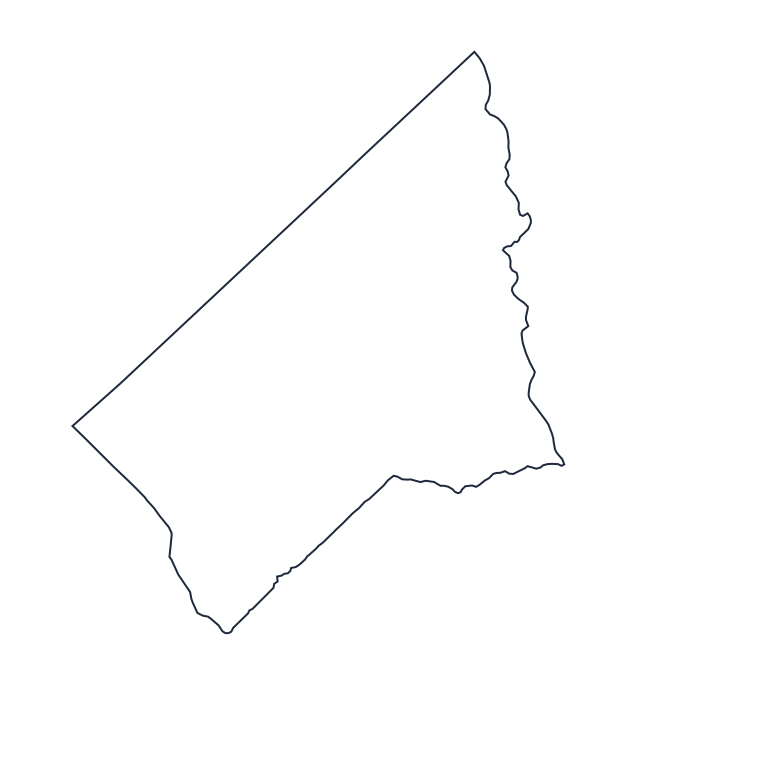 Rio Crespo, Rondônia, Brazil, rotated 317°
{"feature_id": "56859067B97929575878105", "entity_name": "Rio Crespo", "entity_type": "district", "adm_level": 2, "iso_a3": "BRA", "parent_name": "Brazil", "parent_adm1": "Rondônia", "projection": "equal_earth", "projection_center": [-62.748, -9.686], "detail": "fine", "context": "isolated", "style": "outline", "palette": "slate", "viewbox_px": 768, "rotation_deg": 317, "n_neighbors": 0, "source": "geoboundaries", "source_scale": "gbopen_adm2", "svg_char_len": 2437}
<svg xmlns="http://www.w3.org/2000/svg" viewBox="0 0 768 768"><g transform="rotate(317 384 384)"><path d="M564.7,366.4L568.0,367.4L571.0,369.7L576.4,369.0L578.3,370.9L581.1,370.7L583.5,369.3L595.2,369.1L601.1,366.4L603.3,364.2L605.0,360.6L605.4,357.1L600.2,355.9L599.0,353.0L601.4,348.1L606.1,343.5L608.4,336.7L608.7,331.8L609.4,322.1L610.8,318.9L617.3,316.5L619.3,313.2L620.6,308.2L624.3,306.1L629.1,305.1L632.4,301.9L636.3,295.8L640.5,291.6L645.7,284.4L647.3,281.0L648.6,276.0L648.6,267.6L647.4,263.4L645.4,259.2L645.7,252.2L648.9,249.2L653.5,247.8L658.7,244.6L664.8,238.3L666.8,235.2L674.1,219.6L676.1,211.1L676.6,202.7L619.6,202.8L527.3,202.9L489.3,203.2L398.0,203.4L191.4,203.8L127.5,202.3L128.4,220.9L129.8,260.1L131.1,281.6L131.5,291.1L131.8,303.8L131.3,307.4L131.2,317.7L129.9,327.9L129.0,342.0L127.0,348.2L124.9,350.4L109.1,364.2L108.8,367.5L106.9,373.1L103.6,383.0L100.3,404.0L96.6,409.7L95.0,413.5L91.4,424.2L93.6,430.0L96.7,434.2L97.3,437.7L98.4,447.7L97.2,454.6L98.0,457.9L100.3,460.1L103.4,461.0L107.3,459.5L128.2,459.0L131.2,457.8L134.4,458.8L164.2,457.7L167.5,455.2L171.5,455.9L174.5,451.9L178.2,454.2L181.6,454.8L184.5,456.8L187.8,456.9L190.6,455.2L194.6,457.7L199.7,458.5L206.7,458.5L210.2,457.7L212.8,457.9L221.9,458.1L225.7,457.7L230.6,458.3L240.3,458.1L246.1,458.0L249.8,457.8L258.3,457.8L272.9,457.2L281.2,457.7L289.5,457.0L294.6,458.0L314.6,458.0L321.2,457.1L328.4,457.7L330.6,460.8L332.3,466.1L336.0,470.0L338.4,471.9L343.7,480.5L348.5,483.2L353.8,489.8L354.9,493.7L356.0,497.1L358.7,499.6L361.0,503.1L362.4,507.8L362.3,511.1L363.6,514.3L366.2,515.4L369.1,514.4L373.6,514.2L379.1,518.2L381.2,522.0L384.9,522.9L391.6,523.3L396.7,524.5L402.5,524.2L405.5,525.7L408.4,528.2L413.1,530.3L414.4,534.9L417.1,537.9L429.8,541.7L433.0,542.0L437.6,549.8L441.8,551.9L444.7,551.9L448.8,554.0L452.3,556.9L456.5,561.1L458.1,565.0L461.0,565.7L463.1,560.6L463.2,555.6L463.6,551.2L464.6,548.2L468.6,542.0L470.8,539.1L473.0,534.8L476.6,525.8L477.4,521.3L479.8,499.2L480.2,495.1L481.7,491.4L483.9,489.0L490.6,483.6L494.3,481.7L499.1,480.1L502.5,478.1L505.2,468.2L508.9,458.1L513.5,448.6L516.6,444.1L519.1,440.8L521.8,439.4L525.0,439.7L529.0,440.1L531.4,434.2L533.3,431.9L539.9,427.4L541.9,425.6L541.8,420.3L540.3,413.4L540.0,407.2L541.3,402.9L543.8,400.8L550.2,399.7L553.0,398.5L555.0,396.6L556.8,393.0L555.3,388.6L556.2,384.6L560.5,380.3L562.9,375.7L562.2,367.3L564.7,366.4Z" fill="none" stroke="#1e293b" stroke-width="2"/></g></svg>